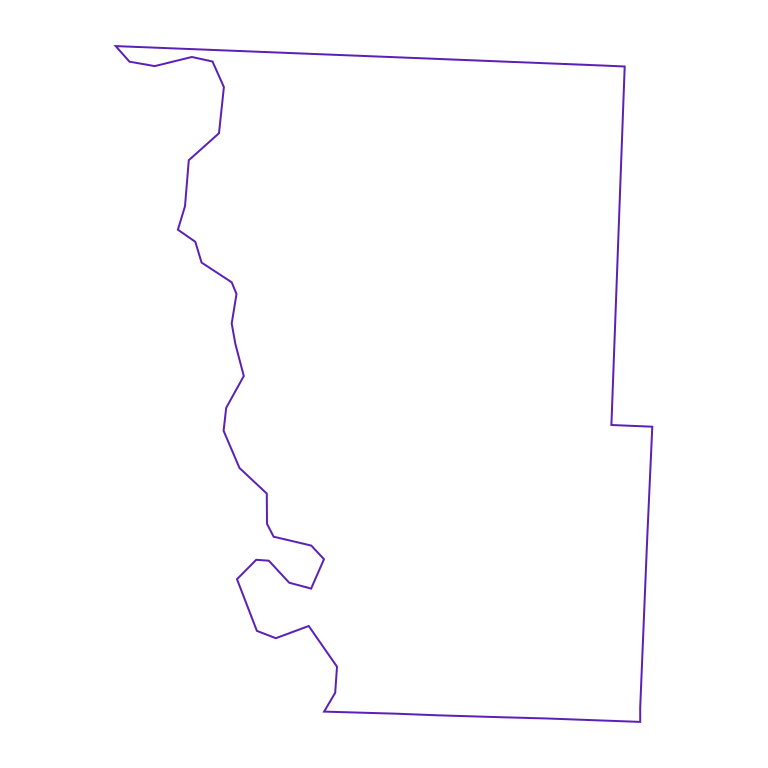 outline of Lafayette, Missouri, United States of America, rotated 270°
{"feature_id": "52423323B34956580820972", "entity_name": "Lafayette", "entity_type": "district", "adm_level": 2, "iso_a3": "USA", "parent_name": "United States of America", "parent_adm1": "Missouri", "projection": "equal_earth", "projection_center": [-93.837, 39.101], "detail": "fine", "context": "isolated", "style": "outline", "palette": "violet", "viewbox_px": 768, "rotation_deg": 270, "n_neighbors": 0, "source": "geoboundaries", "source_scale": "gbopen_adm2", "svg_char_len": 756}
<svg xmlns="http://www.w3.org/2000/svg" viewBox="0 0 768 768"><g transform="rotate(270 384 384)"><path d="M702.4,604.5L721.9,115.7L706.3,129.5L701.9,154.7L711.0,191.7L706.5,212.5L680.9,223.9L634.8,219.0L607.8,188.8L561.8,185.0L538.3,177.9L526.2,195.3L505.4,201.6L485.7,231.7L474.0,236.5L444.5,231.7L423.9,235.4L392.0,243.8L360.2,226.2L337.2,223.6L300.0,239.5L274.4,266.8L244.2,267.0L231.3,273.6L222.4,311.3L208.8,324.0L179.4,311.1L185.3,289.2L207.3,268.8L208.2,256.2L188.8,237.0L137.1,256.9L129.8,275.8L142.0,308.7L101.3,337.0L75.2,335.2L56.4,324.1L54.3,396.4L52.7,437.5L50.7,503.6L50.1,526.8L50.0,528.3L49.6,544.7L46.1,640.2L60.3,640.2L227.2,647.1L341.3,652.3L343.0,611.4L701.5,624.7L702.4,604.5Z" fill="none" stroke="#5b21b6" stroke-width="2"/></g></svg>